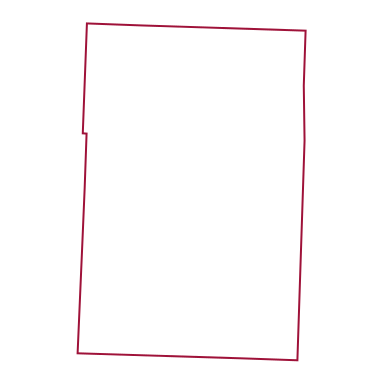 Kandiyohi, Minnesota, United States of America, rotated 2°
{"feature_id": "52423323B77722174997843", "entity_name": "Kandiyohi", "entity_type": "district", "adm_level": 2, "iso_a3": "USA", "parent_name": "United States of America", "parent_adm1": "Minnesota", "projection": "orthographic", "projection_center": [-95.062, 45.152], "detail": "fine", "context": "isolated", "style": "outline", "palette": "rose", "viewbox_px": 384, "rotation_deg": 2, "n_neighbors": 0, "source": "geoboundaries", "source_scale": "gbopen_adm2", "svg_char_len": 308}
<svg xmlns="http://www.w3.org/2000/svg" viewBox="0 0 384 384"><g transform="rotate(2 192 192)"><path d="M81.1,27.2L80.8,137.2L84.6,137.3L84.6,191.9L84.2,247.0L83.3,357.2L246.5,356.5L303.2,356.5L302.7,136.8L300.0,81.8L299.9,26.8L135.9,27.3L81.1,27.2Z" fill="none" stroke="#9f1239" stroke-width="2"/></g></svg>